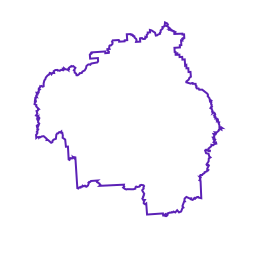 Walcha, New South Wales, Australia (Mercator projection), rotated 77°
{"feature_id": "25037944B3824833794033", "entity_name": "Walcha", "entity_type": "district", "adm_level": 2, "iso_a3": "AUS", "parent_name": "Australia", "parent_adm1": "New South Wales", "projection": "mercator", "projection_center": [151.721, -31.198], "detail": "fine", "context": "isolated", "style": "outline", "palette": "violet", "viewbox_px": 256, "rotation_deg": 77, "n_neighbors": 0, "source": "geoboundaries", "source_scale": "gbopen_adm2", "svg_char_len": 5706}
<svg xmlns="http://www.w3.org/2000/svg" viewBox="0 0 256 256"><g transform="rotate(77 128 128)"><path d="M112.5,42.9L107.3,47.1L106.7,50.0L105.4,50.3L104.9,52.1L103.8,52.4L102.7,51.8L102.0,52.4L100.2,52.2L99.5,54.9L98.8,54.8L98.6,55.3L98.8,57.1L96.6,60.9L95.8,60.7L94.5,57.9L92.9,56.9L92.2,55.2L87.4,54.5L87.1,56.4L83.3,55.8L83.0,57.6L79.7,57.0L80.1,58.3L73.9,57.3L73.6,59.6L70.9,59.2L70.5,61.8L68.1,61.4L67.8,63.3L66.3,63.1L66.2,64.1L67.6,64.3L67.4,65.1L64.6,64.6L64.4,65.4L60.3,64.7L61.2,59.3L59.0,58.9L59.2,57.4L54.6,56.6L55.1,55.3L53.3,55.1L53.5,54.1L52.8,54.0L52.9,52.9L49.4,52.3L49.2,53.9L48.3,53.8L46.8,61.7L45.7,61.5L45.1,60.3L43.7,61.8L43.8,62.3L42.2,63.5L42.6,64.0L42.0,64.3L41.7,65.5L41.2,65.0L40.9,65.6L40.7,64.7L40.1,64.9L40.0,65.6L39.7,65.3L37.6,66.8L37.2,67.7L36.3,65.9L35.0,66.2L33.5,68.2L36.1,69.1L37.3,70.2L37.4,71.8L38.9,71.8L40.2,74.2L42.0,74.7L42.4,75.5L43.4,75.6L43.7,77.7L44.3,78.9L44.2,80.1L41.2,80.2L38.2,83.1L37.4,84.6L39.8,85.0L39.4,87.3L40.8,87.6L41.4,88.8L43.5,89.1L44.0,90.2L43.3,90.7L45.0,91.5L44.7,93.3L43.5,94.1L43.3,95.6L43.7,95.7L43.6,96.2L46.6,96.7L45.9,100.8L44.3,99.9L43.1,100.0L41.5,101.2L40.1,101.2L40.0,101.9L39.0,102.1L39.1,102.7L37.8,103.2L37.9,103.7L36.8,103.5L37.2,103.8L36.4,108.1L42.2,109.0L41.7,112.3L42.3,111.5L42.8,111.8L41.9,117.2L40.8,116.9L40.2,117.2L39.2,123.2L40.4,124.2L41.3,123.8L42.8,124.4L43.7,126.1L43.4,126.9L43.7,127.6L45.8,128.4L46.8,128.2L46.5,130.4L47.6,130.6L49.4,129.4L50.5,129.8L50.0,133.3L48.3,133.0L46.1,146.7L47.2,147.8L47.5,147.4L48.0,148.7L51.9,149.3L53.1,141.6L56.2,142.1L57.2,143.1L56.9,149.3L57.9,150.5L57.2,151.6L57.3,152.8L58.3,154.6L60.2,155.4L62.1,157.2L62.8,159.8L64.0,160.7L63.7,162.7L64.4,163.2L65.3,165.2L65.0,166.3L63.3,166.3L62.0,167.5L59.9,167.2L59.5,167.7L57.6,165.7L55.3,167.5L55.5,168.9L54.9,169.3L56.1,172.1L57.3,172.2L57.2,173.0L58.3,173.1L57.6,173.7L56.7,175.7L55.4,176.8L56.0,176.9L55.8,177.4L56.2,177.4L55.7,178.2L57.0,178.4L56.3,180.1L56.9,181.6L56.3,182.4L56.3,183.4L55.5,183.8L55.2,185.8L55.9,187.6L57.8,187.6L57.3,189.3L58.5,190.5L57.0,191.2L56.7,191.8L58.3,193.1L58.6,194.4L60.3,196.7L61.9,197.6L62.8,198.8L65.6,200.2L68.4,200.8L68.6,201.8L67.6,202.8L67.9,203.6L67.5,204.1L68.9,204.8L69.4,206.0L70.2,206.2L70.7,205.6L71.0,206.5L71.9,206.5L72.6,207.4L73.3,207.1L73.7,207.6L73.3,208.6L73.8,208.6L73.5,209.1L75.1,208.9L75.1,209.4L75.8,210.1L77.0,209.9L76.6,210.4L77.9,210.9L77.8,211.5L80.4,212.5L80.4,211.7L81.6,211.8L82.2,213.0L83.7,213.7L85.0,212.1L86.3,212.6L89.4,210.7L89.4,211.4L90.1,211.4L90.8,212.2L90.9,213.3L93.5,213.1L95.1,214.8L95.8,213.7L97.2,213.9L96.5,212.8L97.5,213.1L98.0,212.2L98.5,212.2L99.1,212.6L99.1,213.3L99.6,213.3L99.3,214.4L101.1,214.0L102.4,214.3L103.7,213.5L105.5,214.7L104.8,215.5L105.3,216.4L106.9,216.4L107.1,215.8L108.8,216.6L109.2,215.9L111.2,217.7L111.7,217.2L112.8,217.6L114.0,219.1L117.0,219.6L116.5,218.7L116.8,216.9L117.4,216.9L116.9,216.1L117.3,215.6L116.8,214.0L117.0,212.0L120.3,209.6L121.4,210.1L121.7,208.6L125.1,206.2L124.8,204.9L123.4,204.3L122.6,203.1L122.3,200.7L118.3,199.3L117.3,198.1L117.5,197.2L116.5,195.9L117.0,195.0L116.4,193.8L117.7,194.0L117.9,193.1L120.7,193.2L122.8,193.9L125.1,191.8L132.3,192.7L132.6,190.7L145.3,192.9L145.9,192.2L144.4,190.9L145.1,189.5L144.6,189.0L144.7,188.2L144.1,188.2L145.2,187.4L144.3,187.0L144.8,185.9L175.2,190.9L175.8,190.0L174.9,188.8L174.8,187.7L175.3,187.4L174.6,186.6L174.9,185.6L174.2,185.2L174.6,184.9L174.5,182.9L175.1,182.2L175.5,182.4L175.9,181.6L175.0,179.9L172.8,178.5L172.4,178.8L171.8,178.0L172.0,176.9L171.3,176.0L172.3,169.6L172.8,170.7L173.6,170.0L173.9,170.2L175.8,168.2L176.7,168.3L177.5,167.5L178.0,168.5L182.3,144.7L183.4,145.2L184.3,144.9L185.0,146.1L186.5,144.9L187.5,143.5L187.4,142.6L188.9,136.7L188.8,134.5L187.4,134.0L186.9,133.2L187.6,132.2L187.7,130.2L187.4,129.5L186.6,129.3L186.4,127.9L187.3,125.8L188.2,125.4L189.6,126.4L190.6,126.4L191.5,127.9L192.1,128.2L195.8,127.0L196.8,127.8L197.5,127.8L198.1,128.7L198.9,128.8L200.0,129.9L201.5,129.4L201.9,127.8L203.4,129.2L205.0,129.6L206.1,128.5L205.6,127.2L216.6,128.9L219.1,113.2L221.2,113.4L221.4,112.6L220.2,110.8L220.5,110.4L222.3,111.1L222.5,110.3L221.5,108.9L220.1,108.6L219.8,106.1L220.2,105.2L219.8,104.3L220.3,103.4L219.7,102.5L220.9,100.9L219.2,98.6L221.7,97.3L221.3,95.0L218.3,93.0L218.0,91.9L216.3,92.5L212.3,89.9L212.3,89.1L211.5,89.4L209.5,88.7L208.3,86.6L210.5,83.8L210.7,82.5L211.6,82.8L212.6,81.2L212.1,80.1L211.5,79.9L212.0,78.7L211.1,78.4L211.4,77.3L210.8,76.2L211.0,75.1L211.6,75.0L212.9,72.4L195.9,69.2L195.0,70.1L194.3,69.1L193.1,69.2L192.7,68.6L191.8,69.1L192.1,68.3L190.5,68.4L190.1,67.9L190.5,66.3L189.6,65.3L189.2,63.7L188.3,63.3L188.0,61.0L187.1,60.3L187.4,59.7L187.0,59.2L186.2,60.1L185.5,60.0L182.7,57.6L182.1,57.9L182.0,59.5L181.2,59.7L178.7,57.0L175.8,56.1L175.2,54.3L174.0,55.2L171.2,55.3L170.1,57.6L167.2,57.9L166.7,56.8L168.7,54.6L169.0,53.5L168.5,53.3L167.9,54.8L166.2,54.3L164.5,50.9L163.1,50.5L163.9,48.7L163.1,47.5L163.1,45.5L161.8,45.5L161.7,47.0L161.1,47.8L159.0,45.6L158.4,46.0L158.9,47.0L158.3,47.3L157.7,47.0L156.4,47.4L156.6,46.1L155.6,46.1L155.0,45.5L153.1,46.0L153.8,44.0L153.3,43.5L151.8,44.2L152.3,42.7L151.1,40.3L150.2,39.9L150.2,39.4L149.4,38.7L150.5,37.4L148.7,37.3L149.0,36.4L148.1,37.2L148.1,38.8L145.7,38.3L144.1,38.6L143.0,37.9L142.6,38.8L140.6,38.6L140.9,39.3L140.1,38.9L140.1,39.7L138.9,39.3L138.4,40.0L138.4,40.7L137.6,40.4L136.7,41.2L136.2,40.4L135.0,41.2L134.4,40.0L133.3,40.1L132.2,40.9L132.5,41.8L131.9,41.3L131.1,42.4L130.0,41.8L127.4,42.6L127.1,43.1L126.7,42.7L127.1,42.1L126.4,42.1L126.0,41.4L125.3,41.7L124.3,41.2L123.2,41.7L122.0,41.1L121.2,41.6L120.3,40.5L119.6,41.1L120.1,42.1L117.5,41.9L114.8,43.2L113.9,42.6L112.5,42.9Z" fill="none" stroke="#5b21b6" stroke-width="2"/></g></svg>